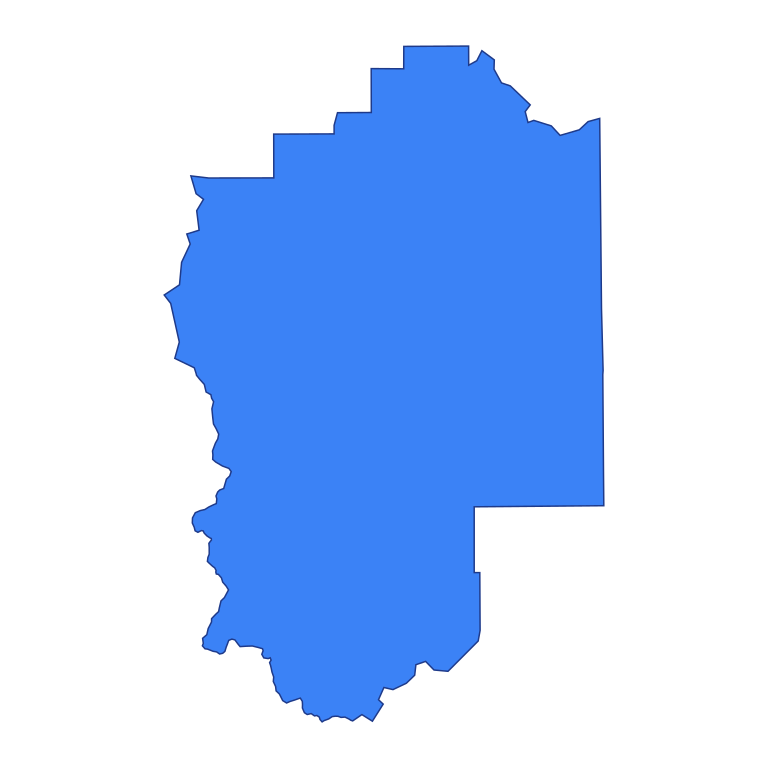 outline of Granite, Montana, United States of America
{"feature_id": "52423323B51544085831783", "entity_name": "Granite", "entity_type": "district", "adm_level": 2, "iso_a3": "USA", "parent_name": "United States of America", "parent_adm1": "Montana", "projection": "albers", "projection_center": [-113.634, 46.386], "detail": "fine", "context": "isolated", "style": "filled", "palette": "blue", "viewbox_px": 768, "rotation_deg": 0, "n_neighbors": 0, "source": "geoboundaries", "source_scale": "gbopen_adm2", "svg_char_len": 2568}
<svg xmlns="http://www.w3.org/2000/svg" viewBox="0 0 768 768"><path d="M352.7,720.9L361.9,714.6L372.4,721.2L383.2,704.1L378.5,699.7L383.9,687.5L393.0,689.6L406.4,683.2L414.7,675.2L415.9,664.7L425.6,661.4L434.0,670.0L448.0,671.3L478.2,641.0L480.1,630.4L479.8,572.6L474.2,572.6L474.2,506.8L603.8,505.7L603.5,472.8L602.8,374.6L603.1,370.6L601.5,308.7L599.7,118.4L588.1,121.6L579.3,129.8L560.1,135.4L551.3,125.9L533.8,120.4L528.0,122.5L525.2,111.6L530.2,104.9L510.3,85.9L501.5,82.9L494.0,69.2L494.3,59.9L481.9,50.7L476.8,60.7L468.7,65.2L468.6,46.1L462.7,46.1L403.8,46.4L403.7,68.8L371.2,68.6L371.3,112.5L337.5,112.7L334.1,125.3L334.1,133.9L273.7,134.1L273.8,177.9L208.6,178.0L190.9,175.9L196.1,193.7L203.5,199.3L196.7,210.7L199.1,230.2L186.8,234.0L190.2,244.0L181.6,262.3L179.5,284.8L164.2,295.0L170.7,303.4L179.3,342.1L174.8,358.4L194.3,367.8L196.2,373.8L196.5,375.3L199.8,379.4L204.3,384.4L206.1,392.0L210.9,394.7L211.6,398.2L213.6,401.7L211.9,408.8L212.7,417.2L213.5,424.0L216.2,428.8L218.7,434.1L217.8,438.9L215.4,443.2L214.0,446.9L212.5,451.0L212.9,454.9L212.7,459.4L215.8,462.1L222.4,466.0L228.9,468.4L231.2,471.6L229.7,476.0L226.4,479.2L223.7,488.5L219.7,490.0L217.7,492.0L216.0,496.0L216.8,498.9L216.3,503.6L213.8,504.6L208.8,507.0L204.9,509.5L200.2,510.6L195.3,512.7L192.5,517.9L192.3,523.0L194.2,527.2L195.1,530.8L197.9,532.3L201.3,530.6L203.2,530.9L204.2,533.1L206.9,535.9L209.9,537.9L211.3,538.5L211.4,540.1L210.3,541.4L208.9,543.3L209.2,547.4L209.2,550.5L209.2,554.2L207.9,557.5L207.4,561.4L209.4,563.4L212.6,566.3L214.7,567.8L216.1,570.5L215.8,572.0L216.3,574.0L218.4,574.4L221.4,577.8L222.7,582.1L226.3,586.3L228.5,589.9L224.4,597.6L221.0,600.9L219.3,608.0L218.6,611.6L215.8,614.2L211.6,618.6L211.5,622.0L210.0,625.0L208.2,628.5L206.8,634.7L202.6,638.3L203.3,643.4L202.4,645.8L205.0,648.8L207.5,649.1L213.1,651.3L216.6,651.9L219.6,654.0L222.7,653.3L224.9,651.4L226.2,647.1L227.3,644.3L228.7,640.4L231.9,639.1L234.9,639.9L238.1,644.2L240.1,646.6L246.4,646.2L252.3,646.0L258.4,647.5L262.5,648.7L263.1,650.7L261.8,654.3L263.8,657.9L268.2,658.6L270.2,657.8L271.1,660.1L269.6,662.6L270.5,665.2L271.3,668.6L272.0,672.1L273.7,677.0L273.3,681.5L275.6,686.5L276.1,690.9L279.4,694.0L282.7,700.6L286.6,703.0L290.2,701.4L294.1,700.2L298.7,698.6L300.3,698.1L302.3,701.3L302.5,704.4L302.4,708.0L304.4,712.7L307.2,714.5L311.2,713.6L314.5,715.9L316.9,715.5L319.3,717.1L320.0,719.5L322.1,721.9L324.1,720.6L328.8,718.9L332.2,716.6L335.4,716.2L338.0,716.3L341.0,717.4L345.0,717.1L348.9,719.0L350.9,720.3L352.7,720.9Z" fill="#3b82f6" stroke="#1e3a8a" stroke-width="1.5"/></svg>